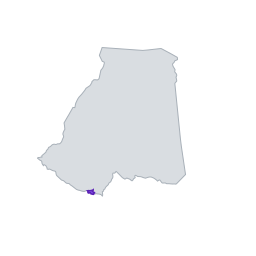 Oran highlighted on a map of Algeria, rotated 223°
{"feature_id": "DZA-2145", "entity_name": "Oran", "entity_type": "Province", "adm_level": 1, "iso_a3": "DZA", "parent_name": "Algeria", "parent_adm1": "", "projection": "equal_earth", "projection_center": [-0.636, 35.601], "detail": "fine", "context": "in_parent", "style": "filled", "palette": "violet", "viewbox_px": 256, "rotation_deg": 223, "n_neighbors": 0, "source": "natural_earth", "source_scale": "10m", "svg_char_len": 4493}
<svg xmlns="http://www.w3.org/2000/svg" viewBox="0 0 256 256"><g transform="rotate(223 128 128)"><path d="M173.5,44.2L173.6,44.7L173.7,45.1L173.1,45.5L172.6,45.8L172.2,46.9L171.3,47.7L171.1,47.9L171.1,48.2L171.8,48.5L172.0,48.8L172.1,49.3L171.9,50.9L171.6,53.8L171.6,54.4L171.9,55.1L172.2,55.7L172.3,56.4L172.2,58.0L172.6,58.9L172.8,59.8L172.3,60.9L172.1,61.8L172.0,63.2L172.0,64.0L171.6,64.8L171.2,65.6L170.7,66.0L170.0,66.4L169.3,67.0L168.7,68.4L167.4,69.6L167.2,70.0L167.1,70.9L167.1,72.2L167.4,73.3L168.1,74.8L168.7,76.5L168.9,77.4L169.1,77.7L169.9,78.3L171.3,79.0L171.6,79.3L172.3,80.5L173.0,82.6L173.3,84.0L175.8,86.2L178.2,88.1L178.3,88.4L179.8,94.8L180.3,97.2L182.3,105.5L181.6,106.0L180.8,106.6L181.4,107.7L182.6,109.5L183.3,111.0L183.5,111.7L184.1,113.5L184.6,115.3L184.7,115.9L184.9,117.3L184.9,121.1L185.3,126.0L185.8,128.4L185.3,130.6L184.8,132.7L184.8,133.8L185.2,135.4L185.5,136.7L186.0,137.3L185.9,139.4L185.8,140.1L184.6,141.2L183.2,142.2L182.9,143.0L182.8,144.0L183.0,144.7L187.2,151.7L187.3,152.5L187.4,154.4L188.2,156.9L188.9,158.0L189.2,158.8L189.7,159.4L190.2,159.9L190.5,159.9L192.3,159.2L195.4,160.4L198.3,161.5L198.5,161.7L200.2,165.6L201.8,169.2L170.1,194.8L166.6,198.7L158.3,208.4L157.7,208.8L146.7,211.7L140.9,213.1L140.6,213.2L140.3,213.2L140.1,213.2L139.6,212.9L139.0,212.3L138.6,212.0L138.5,211.6L138.7,211.0L139.0,210.4L139.1,210.0L139.3,209.7L139.5,209.4L139.6,209.0L139.3,208.4L139.1,207.6L139.1,206.0L139.1,205.3L138.6,204.7L137.6,204.1L136.7,203.7L136.3,203.6L135.2,203.3L133.8,202.9L133.3,202.7L132.4,201.2L132.0,200.9L129.8,200.6L129.1,200.4L128.6,200.0L128.1,199.6L127.8,198.8L127.7,198.2L127.5,197.9L125.2,196.3L124.6,195.8L124.3,195.3L124.3,194.6L124.3,193.7L124.2,192.9L124.1,192.5L83.4,156.8L81.3,155.0L76.4,150.9L54.2,133.2L54.5,120.6L54.6,119.9L54.7,119.6L55.4,119.2L56.6,118.1L57.0,117.6L57.5,117.2L59.4,115.7L59.8,115.4L61.7,113.7L62.1,113.5L63.1,113.3L63.5,113.0L64.1,112.4L64.9,111.6L65.4,111.2L65.6,111.2L65.9,111.1L67.6,111.4L68.3,111.5L69.1,111.7L69.4,111.6L69.6,111.3L69.9,110.8L70.0,110.2L70.1,109.6L70.1,109.4L70.3,109.3L70.6,109.3L71.1,109.4L72.1,109.4L72.4,109.3L73.6,109.2L75.2,108.9L77.5,108.0L78.6,107.1L79.4,106.1L80.3,104.6L80.9,103.3L82.3,102.5L83.4,102.0L84.0,101.8L85.5,101.1L87.9,99.1L89.8,98.8L90.1,98.6L90.4,98.3L90.4,97.7L90.1,97.3L89.7,97.1L89.4,96.8L89.1,96.8L88.9,96.5L89.0,95.9L89.1,95.4L89.3,95.0L89.2,94.3L89.0,93.6L88.9,93.1L88.9,92.6L89.0,92.2L89.5,91.9L89.9,91.8L90.6,91.9L91.7,91.8L94.7,90.6L94.9,90.2L95.1,89.4L95.3,88.7L95.6,88.4L95.8,88.4L98.1,87.9L98.6,87.9L103.0,88.1L106.8,88.2L107.1,88.1L107.1,87.5L106.9,86.6L107.0,85.9L107.6,85.4L108.2,84.7L107.9,84.0L107.4,83.4L106.6,82.8L106.3,82.6L105.6,81.8L105.2,81.0L104.9,79.2L104.4,78.2L104.0,76.9L104.4,74.7L103.9,73.3L103.8,72.7L103.8,72.0L104.0,70.8L103.9,69.1L103.3,67.4L103.6,66.8L103.7,66.5L103.7,66.2L103.1,65.6L102.9,65.2L103.0,64.8L103.3,64.1L103.3,63.9L102.4,63.1L101.0,61.9L100.6,61.4L100.4,60.7L101.8,60.9L102.5,60.8L104.1,60.0L105.4,58.9L106.4,58.3L107.3,57.1L108.1,56.4L109.3,55.6L112.6,53.8L113.2,53.8L114.3,54.2L115.2,54.1L115.9,53.5L116.6,52.0L117.6,51.1L119.0,50.2L120.9,49.4L122.1,48.6L124.0,47.9L128.9,47.5L131.4,47.1L133.1,47.2L134.8,46.0L135.6,45.6L139.3,45.5L141.1,44.6L147.7,44.6L148.5,44.9L149.3,45.4L150.7,46.5L151.4,46.8L152.2,46.5L154.2,45.4L156.5,44.8L157.7,44.2L158.2,43.2L159.3,42.9L159.9,43.6L162.3,44.4L163.8,44.1L164.4,43.9L164.2,42.8L165.7,43.1L166.9,43.6L168.2,44.7L169.0,44.9L170.4,44.4L173.5,44.2Z" fill="#d9dde1" stroke="#a8b0b8" stroke-width="1"/><path d="M108.0,56.0L108.2,55.9L108.4,55.6L108.5,55.5L108.8,55.4L109.0,55.2L109.3,55.1L109.5,55.2L109.8,55.0L109.9,54.7L110.1,54.6L110.3,54.8L110.5,54.9L110.7,55.0L110.8,55.1L111.2,55.1L111.3,55.1L111.5,54.9L111.6,54.7L111.8,54.7L112.0,54.6L112.3,53.9L112.3,53.7L112.5,53.6L113.0,53.5L113.2,53.4L113.3,53.5L113.5,53.7L113.5,53.8L113.5,54.0L113.8,54.2L114.3,54.3L114.6,54.5L114.8,54.5L114.5,54.9L114.2,55.3L113.9,55.5L113.7,55.5L113.4,55.7L113.3,55.9L113.3,56.0L113.2,56.1L112.8,56.4L112.7,56.5L112.6,56.8L112.5,57.0L112.4,57.1L112.2,57.2L112.1,57.3L112.1,57.5L111.9,57.8L111.7,57.9L111.7,58.0L111.5,58.5L111.4,58.7L111.4,58.8L111.2,58.9L111.2,59.0L111.1,58.9L111.0,58.6L111.1,58.4L111.0,58.2L111.3,57.9L111.2,57.8L111.0,57.4L110.8,57.3L110.7,57.3L109.0,57.7L108.9,57.7L108.7,57.5L108.5,57.8L108.4,57.9L108.2,57.8L108.2,57.7L108.3,57.5L108.3,57.4L108.6,57.1L108.7,56.9L108.4,56.7L108.2,56.5L108.0,56.0L108.0,56.0Z" fill="#8b5cf6" stroke="#5b21b6" stroke-width="1.5"/></g></svg>